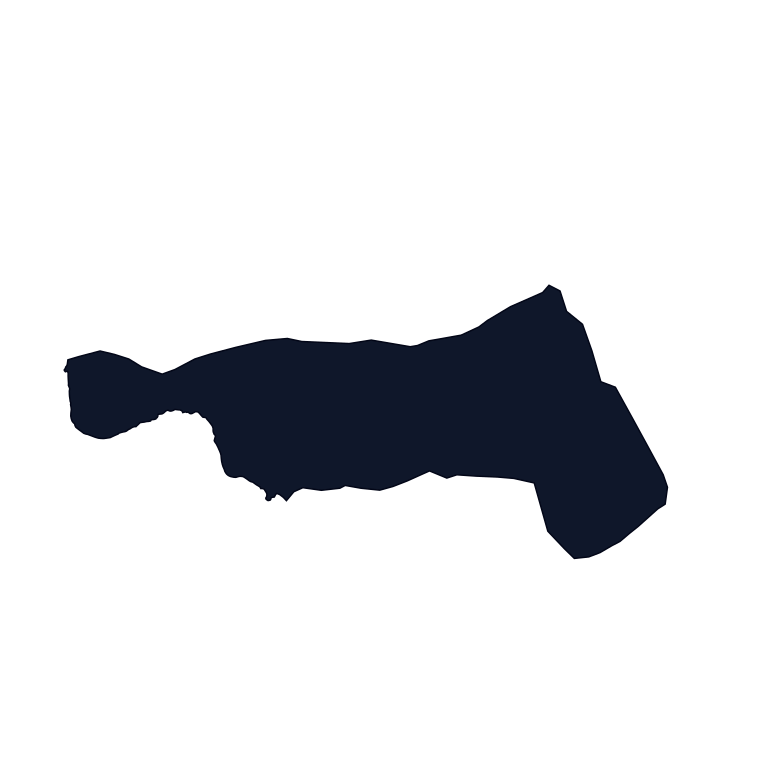 Ouani, Andjouân, Comoros (Mercator projection), rotated 290°
{"feature_id": "10938185B16418977449415", "entity_name": "Ouani", "entity_type": "district", "adm_level": 2, "iso_a3": "COM", "parent_name": "Comoros", "parent_adm1": "Andjouân", "projection": "mercator", "projection_center": [44.433, -12.159], "detail": "fine", "context": "isolated", "style": "filled", "palette": "ink", "viewbox_px": 768, "rotation_deg": 290, "n_neighbors": 0, "source": "geoboundaries", "source_scale": "gbopen_adm2", "svg_char_len": 3310}
<svg xmlns="http://www.w3.org/2000/svg" viewBox="0 0 768 768"><g transform="rotate(290 384 384)"><path d="M298.6,78.7L294.4,79.6L292.8,79.7L291.1,79.1L289.6,79.2L288.0,78.7L287.3,79.0L286.5,80.4L287.7,82.0L287.7,82.4L285.9,83.6L283.8,84.3L280.4,85.7L276.5,87.4L274.8,87.9L273.3,89.3L272.1,90.3L269.8,90.7L266.5,92.0L264.7,92.8L262.3,94.1L260.5,95.0L259.0,96.2L257.5,96.5L255.1,97.9L253.1,98.9L249.7,99.7L246.8,100.6L244.6,101.9L243.3,102.9L242.3,103.8L241.4,105.3L240.7,107.0L239.2,107.9L238.0,109.2L237.5,110.6L236.6,113.4L236.0,115.5L235.0,118.7L235.0,120.9L235.3,122.7L235.2,130.8L235.4,133.9L236.1,136.9L237.0,139.5L239.3,143.8L240.1,145.2L241.3,146.3L242.7,147.7L243.9,148.9L245.1,150.2L246.0,151.2L247.2,151.8L248.2,153.1L249.0,154.2L249.9,155.6L250.7,157.0L251.7,158.1L252.8,158.8L254.0,159.6L254.9,160.6L256.8,162.0L257.6,162.8L258.5,164.0L259.1,165.5L260.0,165.9L261.7,166.8L263.2,167.5L263.9,167.7L264.7,168.8L265.5,170.3L266.2,171.7L267.6,173.9L268.4,175.7L269.4,177.3L270.9,177.6L271.6,179.3L272.3,180.5L273.2,181.6L274.1,181.7L274.8,182.3L276.1,182.5L277.5,182.2L278.3,182.2L279.0,183.6L279.9,185.5L280.6,186.2L281.4,186.8L282.6,187.5L283.8,188.0L284.9,189.1L285.5,189.9L285.3,191.6L285.6,192.9L286.2,193.9L287.4,195.3L288.6,196.2L288.9,197.6L289.4,199.7L289.8,200.9L289.8,202.0L289.7,203.2L288.6,204.4L288.3,204.7L288.8,205.4L289.8,206.8L289.9,208.4L290.6,209.5L289.9,211.5L290.0,212.7L290.6,213.7L293.5,216.3L294.1,218.3L294.0,218.9L293.5,220.3L292.0,222.9L290.9,225.0L291.0,225.9L291.4,227.5L291.3,228.5L290.3,229.7L289.1,232.0L288.3,233.3L286.0,236.8L284.7,238.0L283.6,238.7L282.1,239.2L280.6,239.9L279.5,240.9L278.8,241.4L278.3,242.4L277.7,243.4L272.9,243.8L272.1,244.4L271.1,245.7L270.5,246.7L269.2,248.1L267.6,249.8L266.2,251.1L264.9,252.4L263.1,254.0L261.4,255.2L259.4,256.1L257.9,256.8L255.6,258.0L255.3,258.2L253.1,259.6L251.3,261.0L249.1,263.1L247.4,264.4L246.2,265.9L245.5,267.0L244.8,268.9L244.6,270.6L244.6,271.8L245.0,274.5L245.5,276.4L246.1,277.4L246.9,278.4L248.0,280.2L248.7,282.6L248.7,283.9L248.3,285.8L247.8,287.7L246.9,290.8L246.7,292.5L246.9,294.2L246.1,297.0L245.6,298.9L245.2,301.1L244.9,302.5L243.6,304.1L244.0,304.9L244.2,305.9L244.3,307.0L243.7,308.0L242.5,309.5L241.5,310.8L240.4,311.6L239.5,312.0L238.5,312.1L237.3,312.2L236.4,311.9L235.5,312.5L235.1,313.4L234.8,314.9L235.3,315.8L236.0,316.8L236.6,317.0L237.4,316.9L238.3,316.9L238.9,317.1L240.3,319.6L242.9,319.9L244.4,320.6L244.5,322.1L244.4,323.9L243.0,328.3L241.0,332.2L251.9,336.1L258.8,343.2L262.7,361.5L271.0,378.2L275.4,382.2L278.2,398.1L282.8,416.3L290.8,427.5L300.9,439.0L312.5,450.9L317.9,456.5L317.1,475.2L323.6,483.5L329.0,502.2L335.4,522.4L339.7,538.3L342.4,559.0L301.7,588.3L291.0,609.7L285.2,622.5L291.6,635.6L299.5,644.7L310.0,653.4L316.8,659.6L327.0,665.4L337.2,671.6L360.2,683.9L367.3,689.3L383.9,685.7L394.2,677.4L416.0,652.8L436.0,630.1L460.1,602.5L460.3,587.0L486.3,568.0L508.0,550.1L514.7,530.7L531.6,517.6L533.2,505.3L524.2,501.8L500.0,476.5L479.1,459.5L470.0,453.6L456.2,439.7L453.8,435.5L444.7,419.8L439.9,411.4L431.6,402.3L428.0,395.9L420.9,357.0L410.1,337.5L395.8,292.2L393.7,277.6L384.4,257.7L367.8,232.3L352.9,210.8L342.8,197.7L326.1,182.6L317.4,172.2L317.2,150.4L320.2,135.7L319.6,120.6L317.9,105.9L305.2,87.6L298.6,78.7Z" fill="#0f172a" stroke="#020617" stroke-width="1.5"/></g></svg>